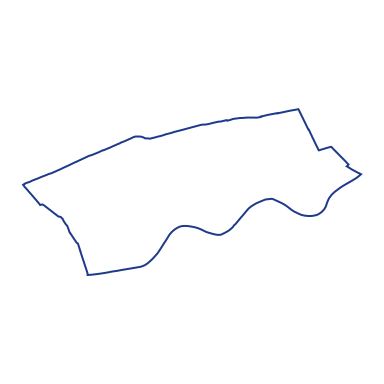 Lopik, Utrecht, Netherlands (Natural Earth projection)
{"feature_id": "6326949B97795105718991", "entity_name": "Lopik", "entity_type": "district", "adm_level": 2, "iso_a3": "NLD", "parent_name": "Netherlands", "parent_adm1": "Utrecht", "projection": "natural_earth1", "projection_center": [4.939, 51.982], "detail": "fine", "context": "isolated", "style": "outline", "palette": "blue", "viewbox_px": 384, "rotation_deg": 0, "n_neighbors": 0, "source": "geoboundaries", "source_scale": "gbopen_adm2", "svg_char_len": 5537}
<svg xmlns="http://www.w3.org/2000/svg" viewBox="0 0 384 384"><path d="M87.6,275.0L90.6,274.8L93.5,274.5L98.4,273.9L103.8,273.1L109.0,272.2L111.7,271.6L117.4,270.8L121.5,270.0L127.0,269.1L130.0,268.6L133.0,268.1L140.5,266.8L141.2,266.6L143.4,265.8L144.7,265.2L145.1,265.0L147.1,263.7L148.8,262.3L150.4,260.9L152.0,259.4L153.5,257.8L156.7,254.3L157.9,252.8L161.3,247.6L164.2,243.0L165.0,241.8L166.9,238.9L168.1,236.9L168.7,235.8L170.1,233.9L171.6,232.2L173.3,230.6L175.2,229.1L177.2,227.9L179.4,226.8L181.9,226.1L184.5,225.9L187.2,226.0L189.8,226.3L192.5,226.8L195.1,227.3L197.7,228.1L199.4,228.7L200.3,229.1L202.3,230.0L205.3,231.5L206.2,231.9L207.6,232.4L212.8,233.9L214.9,234.4L217.0,234.8L219.2,234.9L221.2,234.6L221.5,234.5L222.0,234.2L225.4,232.5L227.8,231.2L229.9,229.7L232.0,227.9L233.1,226.8L233.8,225.5L234.5,225.0L234.9,224.6L235.9,223.6L240.6,217.9L241.1,217.3L241.8,216.6L242.2,216.1L247.6,209.6L249.1,208.1L250.7,206.8L251.2,206.4L252.9,205.3L256.3,203.3L260.9,201.3L265.5,199.5L270.7,198.9L271.6,198.8L272.8,199.0L279.6,202.1L283.3,203.9L287.0,206.3L290.3,208.9L290.5,209.1L292.2,210.3L294.6,211.8L298.4,213.6L301.4,214.9L305.0,215.7L308.6,216.0L310.8,216.0L312.2,215.9L314.1,215.6L315.8,215.2L316.9,214.9L318.7,214.1L321.8,211.9L324.2,209.3L325.8,206.6L326.6,204.1L327.5,201.6L329.0,198.3L331.7,194.7L334.9,191.7L339.0,188.6L342.8,186.0L347.1,183.5L351.8,180.8L356.1,178.2L359.5,175.6L361.0,174.2L358.8,173.1L358.6,173.1L356.8,172.1L352.3,169.7L348.6,167.4L346.8,166.3L347.1,166.1L347.6,165.7L348.1,165.1L348.5,164.5L348.1,164.1L347.6,163.6L346.5,162.5L345.7,161.5L343.9,159.7L343.6,159.4L341.2,157.0L340.8,156.6L339.6,155.4L338.3,154.0L337.6,153.3L332.8,148.5L331.7,147.2L331.4,147.0L331.3,146.9L331.0,146.8L327.3,147.8L321.0,149.7L319.0,150.3L318.7,150.3L317.0,146.7L316.6,146.0L316.1,144.9L315.7,144.1L314.2,141.0L313.6,139.7L312.7,138.0L312.2,136.9L312.0,136.4L311.3,134.9L310.8,134.0L310.1,132.4L309.7,131.5L309.6,131.1L309.4,130.9L309.4,130.7L309.1,130.3L308.9,130.0L308.9,129.9L308.7,129.5L308.4,129.6L307.9,128.6L307.5,127.8L305.0,122.6L301.7,115.9L300.1,112.6L298.4,109.2L289.6,110.8L284.0,112.0L280.7,112.7L277.3,113.4L277.3,113.1L272.2,114.1L270.8,114.3L270.4,114.4L269.9,114.5L268.3,114.8L266.6,115.2L264.1,115.8L263.1,116.0L262.6,116.1L261.0,116.5L261.2,116.8L260.2,117.1L259.6,117.2L256.7,117.7L256.4,117.7L255.6,117.7L254.1,117.5L253.2,117.6L250.7,117.6L248.0,117.5L247.5,117.5L247.3,117.6L246.2,117.7L245.9,117.6L245.7,117.6L244.7,117.8L244.2,117.9L242.9,117.9L241.8,118.0L240.0,118.0L239.8,118.0L236.5,118.5L235.1,118.6L234.7,118.7L232.9,119.0L230.3,119.9L229.6,120.1L228.4,120.4L227.9,120.5L227.1,120.7L226.8,120.5L226.7,120.2L226.3,120.3L226.2,120.3L225.7,120.4L225.2,120.4L224.9,120.5L224.2,120.7L223.9,120.8L223.2,120.9L221.8,121.3L220.3,121.6L219.9,121.6L218.8,121.6L218.4,121.7L217.9,121.8L213.9,122.7L212.4,123.0L208.4,124.1L207.7,124.2L206.0,124.4L205.7,124.5L205.2,124.6L203.6,124.6L203.4,124.6L201.7,124.7L200.1,125.1L199.0,125.4L197.5,125.8L191.5,127.4L190.4,127.7L189.3,128.0L187.8,128.4L186.6,128.7L185.7,129.0L181.1,130.2L179.6,130.6L179.0,130.7L177.9,131.0L177.5,131.1L176.5,131.4L174.8,131.8L173.5,132.2L173.3,132.3L172.5,132.5L171.3,132.9L168.3,133.7L166.7,134.1L165.1,134.5L164.3,134.9L163.3,135.2L163.1,135.3L160.2,136.1L157.5,136.7L156.9,136.9L156.1,137.1L155.5,137.3L155.3,137.3L153.5,137.8L152.2,138.1L151.4,138.3L150.8,138.5L149.9,138.7L149.7,138.6L148.8,138.5L148.6,138.5L148.0,138.4L146.6,138.4L146.1,138.4L145.8,138.4L145.4,138.4L144.9,138.2L144.7,138.2L144.4,138.0L144.2,137.8L143.6,137.5L143.4,137.4L143.2,137.3L142.6,137.1L142.2,137.1L141.3,136.7L141.0,136.6L140.8,136.6L140.1,136.6L139.6,136.6L138.5,136.5L136.3,136.5L135.6,136.5L134.9,136.7L134.7,136.7L133.6,137.1L133.0,137.3L132.7,137.5L132.0,137.9L131.6,138.1L131.4,138.2L131.1,138.3L130.7,138.5L130.0,138.8L129.6,139.0L128.5,139.4L128.2,139.6L125.1,141.0L122.8,141.9L122.7,142.0L122.3,142.2L121.6,142.3L121.4,142.4L121.1,142.5L120.9,142.6L120.6,142.7L119.9,143.3L119.7,143.4L118.8,143.7L118.5,143.8L117.4,144.2L115.8,145.0L113.2,146.1L108.9,148.1L108.7,148.1L107.2,148.7L105.8,149.3L104.8,149.8L104.4,149.9L103.5,150.3L103.1,150.4L102.8,150.4L102.7,150.3L101.5,150.9L99.0,152.1L96.6,153.1L94.1,154.1L92.4,154.8L89.0,155.9L88.4,156.1L86.5,157.1L85.7,157.4L83.8,158.3L81.6,159.3L80.8,159.7L79.8,160.2L79.7,160.2L78.9,160.6L78.0,161.0L77.0,161.5L74.2,162.7L69.1,165.2L65.1,167.0L63.6,167.7L62.7,168.1L61.0,169.0L56.4,171.0L55.2,171.6L54.4,171.9L54.0,172.1L53.4,172.3L52.9,172.6L52.6,172.7L51.4,173.2L51.0,173.4L49.9,173.7L49.0,173.9L48.9,173.9L48.1,174.3L46.9,174.8L45.9,175.2L44.7,175.7L44.1,175.9L42.0,176.7L41.0,177.1L38.0,178.4L33.2,180.2L32.2,180.6L29.3,182.1L28.8,182.2L28.6,182.2L26.9,182.8L25.1,183.5L24.9,183.6L24.7,183.7L24.6,184.1L23.7,184.4L23.6,184.5L23.4,184.6L23.1,184.8L24.7,186.9L25.4,187.7L27.3,189.8L28.3,191.0L29.5,192.4L31.1,194.2L31.8,195.0L36.1,200.0L36.9,201.0L39.2,203.7L39.4,203.9L39.7,204.2L39.9,204.5L40.0,204.6L39.9,204.6L40.1,205.0L42.4,204.5L42.7,204.6L42.9,204.7L43.6,205.1L45.0,206.1L52.2,211.7L54.1,213.2L55.1,214.0L56.4,214.9L57.6,215.9L58.1,216.3L58.5,216.5L58.9,216.6L60.4,216.9L60.6,216.9L61.0,217.3L62.1,218.4L62.5,218.6L62.5,218.8L62.7,219.2L63.9,221.4L65.0,223.1L65.9,224.4L66.4,225.0L67.3,225.9L68.4,228.9L69.7,232.6L69.9,232.6L72.6,236.7L72.8,237.0L76.7,242.8L77.3,243.2L77.8,243.4L77.9,243.5L78.1,244.1L78.2,244.4L78.7,246.0L78.9,246.5L79.6,248.8L80.1,250.4L80.3,250.9L80.2,250.9L85.3,266.4L87.3,272.6L87.5,273.1L87.6,275.0Z" fill="none" stroke="#1e3a8a" stroke-width="2"/></svg>